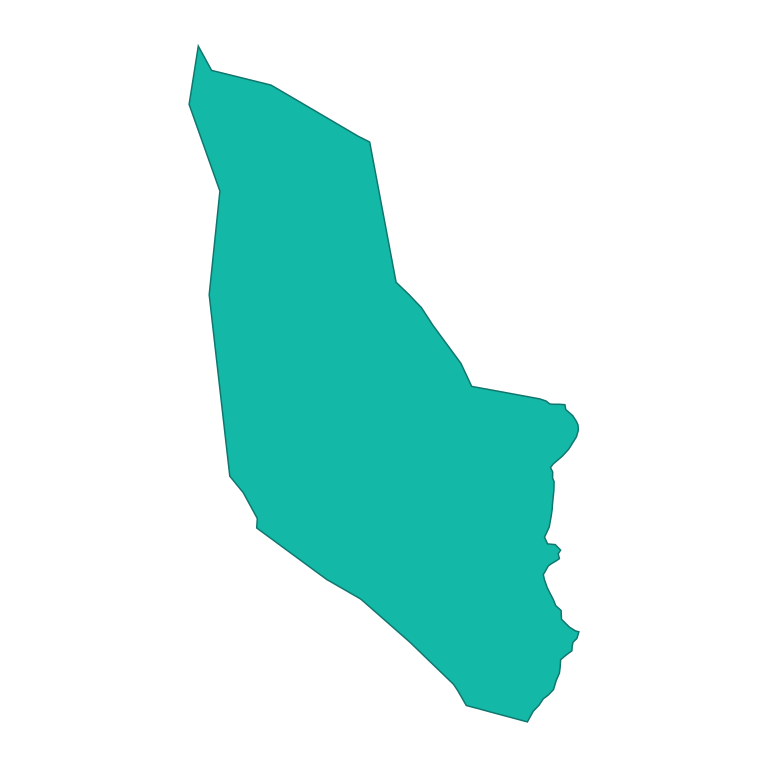 outline of San Andrés Tepetlapa, Guerrero, Mexico
{"feature_id": "50627088B92943717279991", "entity_name": "San Andrés Tepetlapa", "entity_type": "district", "adm_level": 2, "iso_a3": "MEX", "parent_name": "Mexico", "parent_adm1": "Guerrero", "projection": "albers", "projection_center": [-98.376, 17.662], "detail": "fine", "context": "isolated", "style": "filled", "palette": "teal", "viewbox_px": 768, "rotation_deg": 0, "n_neighbors": 0, "source": "geoboundaries", "source_scale": "gbopen_adm2", "svg_char_len": 1376}
<svg xmlns="http://www.w3.org/2000/svg" viewBox="0 0 768 768"><path d="M198.3,46.1L189.1,104.4L219.9,191.1L209.2,294.6L209.2,294.9L209.3,295.8L223.5,420.8L229.8,476.2L243.2,492.6L257.3,518.5L256.7,528.0L326.7,579.5L360.1,598.7L360.6,599.0L360.9,599.2L409.7,642.0L453.5,684.3L457.6,690.4L466.3,705.5L474.1,707.6L475.8,708.0L487.9,711.3L488.9,711.6L527.4,721.9L533.2,711.3L539.1,705.1L543.2,698.9L548.5,694.8L553.5,689.6L556.2,680.5L559.4,673.2L560.2,666.9L560.6,659.8L564.7,656.2L567.8,653.8L571.9,650.8L572.2,646.1L573.0,642.3L576.8,638.5L577.0,638.1L578.9,631.8L575.4,630.9L569.4,627.1L561.5,619.3L561.1,610.5L555.7,605.6L554.0,601.2L553.0,598.9L550.5,594.2L547.2,587.6L544.4,579.5L543.3,574.5L545.4,571.1L548.3,565.9L551.5,563.6L556.3,560.8L559.4,558.6L558.2,553.9L560.6,550.1L555.2,544.6L547.6,543.9L544.5,537.2L549.2,527.1L551.1,516.7L552.2,509.3L552.5,503.9L553.9,490.2L554.1,481.7L552.6,478.1L552.7,472.1L550.5,467.5L553.1,464.1L562.5,456.0L568.7,449.2L576.4,436.9L578.4,430.1L578.0,425.0L576.4,421.4L572.9,415.9L568.8,412.2L565.8,409.6L564.9,404.7L559.9,404.3L554.6,404.3L551.1,404.1L549.7,403.9L546.0,401.0L539.8,398.9L528.9,396.9L471.7,386.4L461.0,363.5L432.9,325.3L421.4,307.6L415.1,301.1L409.0,294.6L396.1,282.3L369.7,142.1L369.0,141.7L357.9,136.1L318.8,113.1L307.4,106.4L271.0,85.1L211.6,70.4L198.3,46.1Z" fill="#14b8a6" stroke="#0f766e" stroke-width="1.5"/></svg>